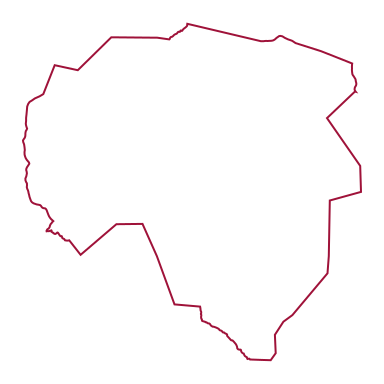 Santa Rita, Copán, Honduras (Albers equal-area conic projection)
{"feature_id": "27666195B5309691152519", "entity_name": "Santa Rita", "entity_type": "district", "adm_level": 2, "iso_a3": "HND", "parent_name": "Honduras", "parent_adm1": "Copán", "projection": "albers", "projection_center": [-89.049, 14.871], "detail": "fine", "context": "isolated", "style": "outline", "palette": "rose", "viewbox_px": 384, "rotation_deg": 0, "n_neighbors": 0, "source": "geoboundaries", "source_scale": "gbopen_adm2", "svg_char_len": 5493}
<svg xmlns="http://www.w3.org/2000/svg" viewBox="0 0 384 384"><path d="M245.3,356.3L246.0,356.8L246.6,357.1L246.9,357.3L247.0,357.9L247.2,358.4L247.3,358.8L247.5,358.9L247.6,359.0L248.0,358.9L248.8,358.7L249.2,358.7L249.3,358.7L249.5,358.8L249.8,359.2L250.0,359.5L260.9,359.9L270.7,360.2L275.7,353.2L274.9,334.8L283.4,321.7L292.4,315.1L327.5,273.3L328.8,256.1L329.8,200.5L361.0,191.9L360.2,165.9L327.0,118.1L355.0,91.5L355.7,91.7L355.4,91.3L355.2,91.0L355.0,90.6L354.8,90.3L354.7,89.9L354.6,89.6L354.6,89.3L354.6,88.9L354.8,87.8L354.9,87.4L355.1,87.0L355.4,86.5L355.9,85.7L356.0,85.4L356.1,85.2L356.2,84.8L356.3,84.3L356.3,83.7L356.3,83.2L355.8,81.2L355.6,79.7L355.4,79.1L355.1,78.5L354.6,77.8L353.9,76.6L353.2,75.6L352.8,75.1L352.5,74.4L352.3,73.9L352.3,73.4L352.1,72.2L351.9,69.8L352.0,68.4L351.9,66.7L352.0,66.1L352.0,64.9L352.2,63.5L321.1,51.2L295.6,43.1L292.3,40.9L290.8,40.3L288.1,39.4L286.4,38.6L284.7,37.8L283.5,37.0L282.3,36.3L280.3,35.9L279.1,36.1L277.7,37.1L276.4,38.0L275.6,38.8L274.5,39.7L272.9,40.5L271.2,40.8L269.1,40.9L267.5,41.0L266.2,40.9L264.8,41.0L263.5,41.2L260.9,41.2L187.3,23.8L187.2,24.4L187.2,25.2L187.2,25.4L187.1,25.7L186.9,26.1L186.5,26.5L185.9,27.1L185.2,27.7L184.3,28.3L183.1,29.4L182.8,29.8L182.4,30.5L182.1,30.8L181.9,30.9L181.7,30.9L181.3,30.6L181.1,30.5L180.9,30.5L180.7,30.5L180.4,30.8L180.3,31.0L180.2,31.3L180.2,31.5L179.9,31.8L179.6,31.9L179.4,31.9L179.2,31.9L178.8,31.8L178.6,31.8L178.3,31.9L178.1,32.0L177.9,32.2L177.7,32.4L177.5,32.6L177.3,33.0L177.2,33.2L177.0,33.4L176.7,33.6L176.4,33.8L176.1,33.9L175.1,34.3L174.6,34.6L174.2,34.9L173.9,35.1L173.4,35.7L173.0,36.1L172.7,36.3L172.4,36.6L171.9,36.8L171.4,36.9L171.1,37.0L170.8,37.1L170.6,37.3L170.3,37.6L170.2,37.8L170.0,38.1L169.9,38.5L169.8,38.8L169.6,39.1L169.3,39.4L157.3,37.7L111.3,37.3L77.8,70.2L54.7,65.2L43.3,94.1L39.6,96.3L34.9,98.4L31.9,100.5L29.6,101.9L28.2,103.9L27.2,106.5L26.9,110.1L26.5,114.4L26.1,117.9L26.1,120.9L25.8,123.8L26.1,125.5L26.5,126.9L27.1,128.6L26.5,130.0L25.8,131.1L25.4,133.2L25.4,134.3L25.3,136.1L24.8,137.7L23.8,139.1L23.0,140.4L23.2,142.0L24.1,144.4L24.5,147.1L24.8,150.0L24.5,152.1L24.6,154.7L25.1,156.5L25.8,158.3L26.9,160.0L28.0,161.3L29.0,162.5L29.3,163.7L28.3,165.3L26.9,167.4L26.3,168.9L26.2,170.1L26.6,171.4L26.9,173.3L26.3,176.3L25.4,178.5L25.5,180.5L26.3,182.4L26.9,183.3L27.0,185.3L26.8,187.2L27.3,189.0L27.9,190.2L28.3,191.5L28.6,193.2L29.1,194.9L29.5,196.8L30.3,199.1L31.0,201.0L31.9,202.2L33.5,203.3L36.6,204.4L38.9,204.8L40.3,205.2L41.0,205.9L41.7,207.0L42.3,207.6L43.2,208.1L45.2,208.4L46.0,209.1L46.7,210.3L47.2,211.7L48.3,214.6L49.1,216.4L49.9,217.6L50.9,218.9L53.3,221.1L52.9,221.5L52.4,222.0L52.1,222.3L51.6,223.1L51.3,223.4L50.9,223.8L50.7,224.1L50.4,224.6L50.2,225.1L49.9,225.7L49.8,226.4L49.7,226.7L49.6,227.1L49.3,227.6L49.0,228.0L48.7,228.4L47.3,229.4L47.2,229.5L47.0,229.9L46.9,230.3L46.7,230.5L46.5,231.0L46.6,231.3L47.1,231.2L47.5,231.1L48.0,231.1L48.7,231.2L48.9,231.2L49.3,231.1L50.2,230.7L51.2,230.5L51.4,230.4L51.5,230.5L51.6,230.9L51.6,231.0L51.4,231.2L51.4,231.4L51.4,231.7L51.5,231.8L51.9,232.0L52.5,232.4L52.6,232.5L53.1,232.8L53.4,232.9L53.5,233.0L53.6,233.3L53.9,233.5L54.5,233.8L55.1,234.0L55.4,233.9L55.8,233.7L56.5,233.3L56.7,233.1L57.0,232.8L57.2,232.6L57.4,232.5L57.5,232.5L57.9,232.7L58.2,233.0L58.3,233.2L58.5,233.6L59.0,234.2L59.6,235.2L59.9,235.6L60.3,236.0L60.6,236.2L60.8,236.2L61.0,236.2L61.3,236.1L61.6,236.1L61.8,236.3L62.2,237.5L62.2,237.8L62.4,238.0L62.6,238.2L62.7,238.3L63.2,238.6L64.0,238.9L64.2,239.1L64.3,239.2L64.5,239.4L64.6,239.7L64.7,239.9L64.9,240.1L65.0,240.3L65.3,240.4L65.7,240.4L66.9,240.6L68.0,240.6L68.5,240.5L69.2,240.3L80.6,254.8L116.4,224.2L142.5,223.9L156.9,256.2L174.5,304.4L200.1,306.6L200.2,307.1L200.4,308.3L200.6,310.4L200.7,310.8L201.0,311.3L201.1,311.6L201.2,312.0L201.2,312.3L201.2,312.6L201.2,312.8L201.2,313.1L201.0,313.5L200.9,313.9L201.0,314.1L201.0,314.4L201.1,314.6L201.3,314.9L201.3,315.2L201.3,315.5L201.2,316.2L201.1,316.6L201.1,317.4L201.2,318.2L201.3,318.5L201.4,318.8L201.5,319.0L201.8,319.2L201.9,319.4L201.9,319.6L201.9,320.0L202.0,320.6L202.2,320.9L202.3,321.0L205.1,321.8L205.3,321.9L205.4,322.1L205.6,322.2L205.8,322.3L206.0,322.3L206.3,322.3L206.5,322.3L206.8,322.5L207.1,322.8L207.4,323.0L207.6,323.2L207.9,323.3L208.3,323.4L208.9,323.4L209.2,323.5L209.4,323.6L209.7,323.8L210.0,324.1L210.1,324.3L210.5,324.9L210.8,325.4L211.6,326.0L212.2,326.4L212.5,326.6L212.8,326.7L213.0,326.7L213.5,326.7L214.3,326.9L216.2,327.6L217.7,328.3L218.2,328.6L218.9,329.1L219.1,329.3L219.5,329.9L219.6,330.1L219.8,330.2L220.0,330.3L220.7,330.5L221.1,330.6L221.4,330.8L221.7,331.0L221.9,331.1L222.1,331.3L222.5,332.0L222.8,332.3L223.0,332.4L223.2,332.5L223.5,332.5L223.8,332.4L224.1,332.5L224.4,332.7L224.9,333.2L225.3,333.5L225.7,333.7L226.2,333.8L226.4,333.9L226.7,334.1L226.9,334.3L227.1,334.6L227.1,334.8L227.1,335.3L227.1,335.6L227.2,335.8L227.3,336.1L229.0,337.9L230.6,339.7L231.0,340.1L231.3,340.3L231.5,340.3L231.9,340.3L232.1,340.3L232.3,340.4L232.6,340.5L233.3,341.2L234.0,341.9L234.9,343.0L235.6,343.8L236.0,344.4L236.4,345.1L236.9,346.3L237.0,346.6L237.1,347.0L237.2,347.8L237.2,348.1L237.4,348.5L237.6,348.8L237.8,349.0L238.2,349.3L238.6,349.4L239.0,349.6L239.4,349.7L239.7,349.7L240.0,349.6L240.3,349.6L240.5,349.7L240.8,349.8L240.9,350.0L241.0,350.2L241.1,350.8L241.2,351.4L241.4,351.8L241.7,352.2L241.9,352.5L242.0,352.6L242.5,353.0L243.3,353.5L243.7,353.7L243.8,353.7L244.2,354.8L244.6,355.6L244.9,356.0L245.3,356.3Z" fill="none" stroke="#9f1239" stroke-width="2"/></svg>